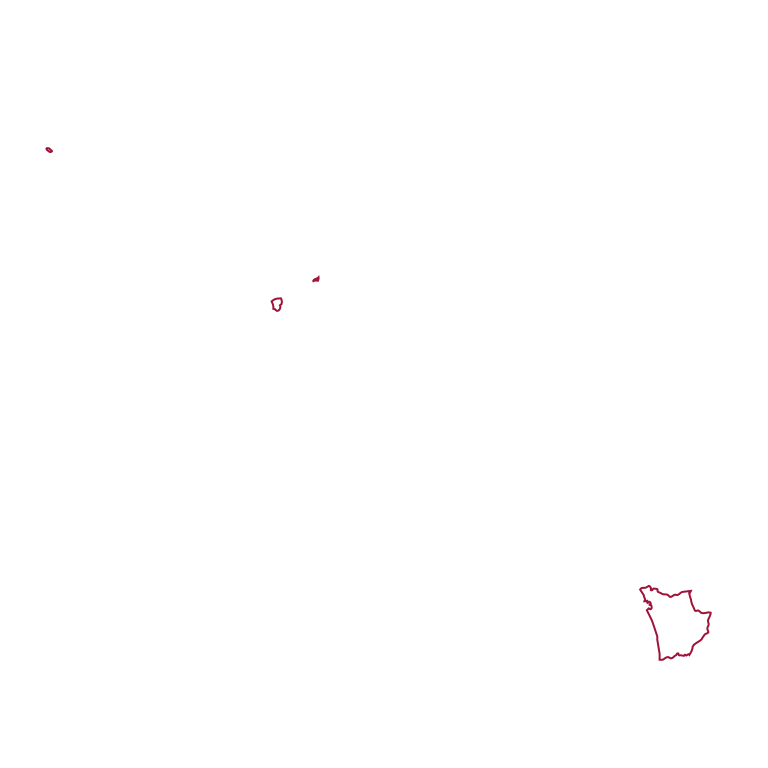 outline of Colima, rotated 42°
{"feature_id": "MEX-2718", "entity_name": "Colima", "entity_type": "State", "adm_level": 1, "iso_a3": "MEX", "parent_name": "Mexico", "parent_adm1": "", "projection": "natural_earth1", "projection_center": [-105.619, 18.931], "detail": "fine", "context": "isolated", "style": "outline", "palette": "rose", "viewbox_px": 768, "rotation_deg": 42, "n_neighbors": 0, "source": "natural_earth", "source_scale": "10m", "svg_char_len": 3036}
<svg xmlns="http://www.w3.org/2000/svg" viewBox="0 0 768 768"><g transform="rotate(42 384 384)"><path d="M773.3,404.5L769.5,400.2L758.0,391.0L756.1,388.8L748.1,384.2L741.6,380.6L737.2,378.8L735.0,377.9L733.4,377.3L731.8,376.7L730.7,376.2L730.9,373.6L732.5,373.3L733.0,372.5L732.7,371.2L730.9,369.7L730.1,369.5L729.3,370.4L728.9,370.0L729.0,368.6L728.0,368.1L726.8,368.3L726.2,368.9L726.5,370.2L725.9,370.3L725.3,369.6L724.6,369.1L723.8,370.3L722.9,371.2L722.0,369.2L719.5,368.0L718.3,367.1L711.9,365.4L711.9,363.4L712.7,362.3L713.8,361.4L714.9,360.0L715.5,358.1L715.9,356.9L716.7,356.5L718.6,356.9L719.2,357.3L719.7,358.1L720.3,358.6L721.0,358.2L721.2,357.6L721.2,357.0L721.1,356.4L721.2,355.8L721.6,355.3L722.2,354.9L722.8,354.5L723.3,354.1L724.2,353.6L724.9,353.8L725.4,354.4L726.1,355.0L726.8,355.1L727.8,354.8L728.8,354.4L729.7,354.2L730.4,354.0L731.1,353.9L731.8,353.6L732.5,353.3L733.7,352.2L734.9,351.3L736.2,350.8L737.8,350.9L739.1,350.8L739.8,349.9L740.3,348.4L740.8,346.6L741.6,345.5L742.7,344.9L743.5,344.2L743.9,342.6L744.2,340.6L744.7,339.1L745.7,337.9L747.0,336.4L747.9,335.4L748.7,334.4L749.6,333.4L750.5,332.4L750.6,332.7L750.7,333.0L750.8,333.4L750.8,333.7L750.9,334.2L751.0,334.6L751.1,334.9L750.8,335.3L752.7,336.6L754.6,337.8L756.5,338.9L758.3,340.3L759.5,341.1L760.9,341.8L762.4,342.4L763.6,342.9L765.2,343.7L766.5,344.3L767.7,344.0L768.8,342.2L769.8,341.9L770.8,341.8L771.9,341.8L772.9,341.8L774.9,340.5L776.5,338.5L778.0,336.5L779.8,335.4L780.7,336.6L781.4,338.4L782.0,340.2L782.5,341.9L783.3,343.4L784.5,344.2L785.8,345.0L786.8,346.5L787.0,347.6L787.3,348.4L787.8,349.2L788.5,349.9L789.1,350.2L790.0,350.7L790.8,351.2L791.2,351.6L791.1,352.7L790.7,353.5L790.3,354.4L790.0,355.3L790.1,356.7L790.3,358.4L790.6,360.1L790.9,361.5L790.4,364.0L789.5,367.1L788.8,370.2L789.1,372.5L790.3,374.4L791.2,376.5L791.8,378.7L792.2,381.0L791.3,380.8L790.9,381.4L790.7,382.4L790.4,383.4L790.1,383.6L789.6,383.6L789.2,383.6L788.8,383.8L788.7,384.2L788.7,384.6L788.8,385.0L788.8,385.3L788.4,385.6L787.5,386.1L786.5,386.7L785.8,387.2L785.1,388.0L784.5,388.2L783.8,387.9L783.0,387.3L782.6,387.6L782.4,388.0L782.2,388.5L782.3,389.0L782.4,389.4L782.5,389.8L782.5,390.1L782.4,390.5L782.0,391.6L781.9,392.7L781.8,393.8L781.5,394.9L780.7,396.0L779.8,396.3L778.8,396.4L777.8,396.9L777.1,397.8L776.6,398.7L776.3,399.8L776.1,400.9L775.7,402.2L775.0,403.1L774.0,403.9L773.3,404.5ZM254.0,395.1L255.0,395.6L255.9,396.8L256.5,398.3L256.5,399.9L255.5,401.3L254.2,401.5L252.9,401.4L251.5,402.2L250.5,401.0L249.5,400.1L248.4,399.3L245.2,397.8L245.3,397.2L245.6,395.7L246.3,393.8L247.4,392.1L250.1,389.3L251.6,390.0L253.3,391.4L254.4,393.3L254.0,395.1ZM-22.5,433.0L-18.8,433.0L-18.5,433.3L-18.6,433.8L-18.8,434.4L-19.1,434.8L-19.6,435.2L-20.0,435.3L-20.5,435.3L-23.0,435.6L-24.2,435.1L-24.2,434.1L-22.5,433.0ZM263.9,348.5L264.5,349.0L265.0,349.7L265.8,351.4L263.9,352.9L263.1,353.7L262.8,354.6L262.7,354.8L262.4,354.6L262.3,354.0L262.3,353.1L262.5,352.4L263.5,350.5L263.9,349.6L263.9,348.5Z" fill="none" stroke="#9f1239" stroke-width="2"/></g></svg>